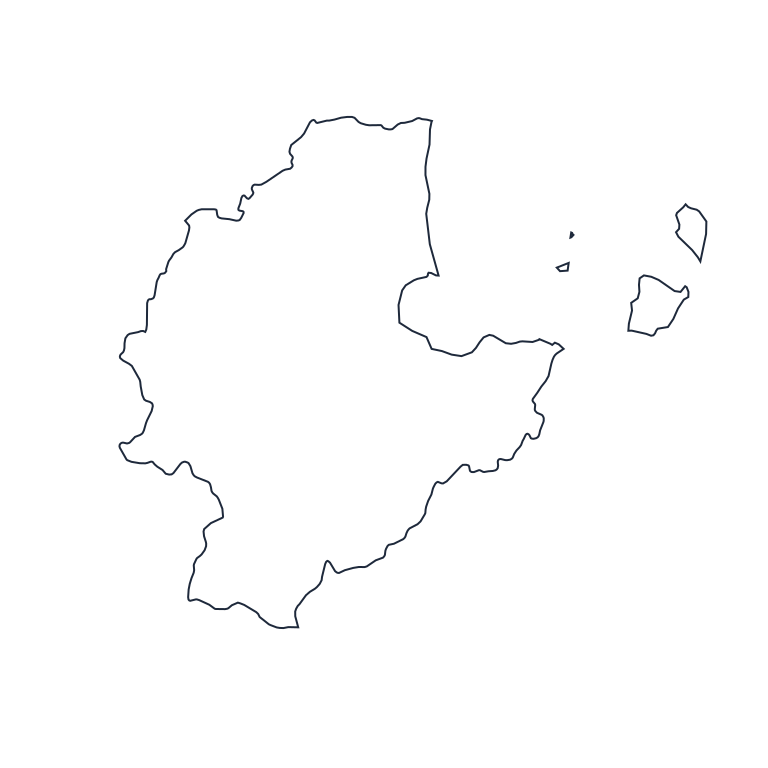 Surat Thani, Robinson projection, rotated 19°
{"feature_id": "THA-380", "entity_name": "Surat Thani", "entity_type": "Province", "adm_level": 1, "iso_a3": "THA", "parent_name": "Thailand", "parent_adm1": "", "projection": "robinson", "projection_center": [99.144, 9.058], "detail": "fine", "context": "isolated", "style": "outline", "palette": "slate", "viewbox_px": 768, "rotation_deg": 19, "n_neighbors": 0, "source": "natural_earth", "source_scale": "10m", "svg_char_len": 6169}
<svg xmlns="http://www.w3.org/2000/svg" viewBox="0 0 768 768"><g transform="rotate(19 384 384)"><path d="M343.7,119.7L343.6,120.8L344.6,128.3L349.1,142.8L350.8,156.9L352.5,165.1L355.2,173.0L365.0,189.4L366.8,195.0L367.5,203.3L368.5,209.3L381.8,236.9L400.3,263.7L397.8,264.4L392.5,263.7L389.9,264.3L389.7,265.6L390.1,267.2L389.3,268.9L381.4,273.7L378.5,276.2L372.4,283.6L370.7,289.6L372.0,304.5L378.6,321.0L393.4,324.6L408.9,325.8L417.6,335.3L428.0,334.0L438.4,334.2L448.2,332.4L456.8,325.4L459.2,319.9L460.8,313.5L463.0,307.5L467.6,303.3L471.5,302.8L485.9,305.8L491.1,304.6L495.4,302.2L498.6,299.7L501.0,298.6L510.8,295.9L516.2,291.7L516.3,291.0L528.3,291.8L530.3,292.3L532.1,289.3L536.3,289.6L542.4,292.3L537.4,298.9L536.4,300.8L535.8,302.8L535.5,306.2L535.6,310.2L537.0,322.9L535.9,328.7L533.6,335.2L531.8,342.4L529.6,349.6L529.7,351.0L530.4,352.0L533.2,353.7L533.8,354.6L534.7,358.5L535.1,359.5L535.9,360.3L538.0,361.4L543.0,361.8L544.0,362.1L545.6,363.5L546.2,364.4L547.0,366.9L547.1,368.2L546.7,377.0L547.2,381.0L547.1,383.1L546.6,384.4L545.5,385.7L543.3,387.1L541.7,387.5L540.5,387.4L538.2,385.1L537.2,384.5L536.0,384.3L535.1,384.8L534.5,386.0L534.0,390.6L533.6,392.6L533.5,397.1L532.8,399.5L530.9,403.7L529.9,407.6L529.7,411.7L529.1,413.1L527.9,414.5L525.1,416.0L523.3,416.5L518.9,416.9L517.9,417.3L517.1,418.0L516.7,419.1L516.9,420.6L518.5,424.0L518.9,426.7L518.4,428.1L517.5,429.3L515.2,430.8L511.2,432.5L507.4,434.6L506.2,434.8L502.8,434.3L501.8,434.6L497.7,438.0L495.5,438.7L494.4,438.5L493.5,438.0L491.2,434.1L490.4,433.5L488.1,433.6L484.8,434.8L483.3,437.2L475.0,455.6L472.2,458.8L470.7,459.2L466.8,459.0L465.8,459.9L465.0,461.5L464.5,464.7L464.3,466.9L464.8,473.1L463.8,480.2L463.8,486.3L464.2,489.1L465.1,492.6L465.0,493.9L463.3,502.0L461.4,505.6L455.2,512.2L454.6,513.5L454.1,515.0L453.8,517.8L453.9,521.3L453.5,522.9L452.7,524.4L445.4,531.8L440.9,534.5L440.1,536.0L439.6,539.2L439.6,541.2L440.5,545.3L440.3,546.8L439.6,548.5L433.6,553.4L427.1,562.1L425.3,563.4L419.8,565.2L414.8,567.9L407.6,572.8L403.0,577.3L401.9,577.6L400.8,577.6L398.7,576.9L391.1,570.5L389.1,569.7L388.0,569.7L387.2,571.0L387.0,573.4L388.2,586.5L388.9,589.8L388.3,593.9L386.7,597.8L385.4,600.0L381.6,604.6L379.0,609.1L375.8,619.6L374.7,621.9L374.1,625.1L374.1,628.0L375.7,632.5L382.1,642.0L372.7,645.0L368.4,647.5L364.8,648.6L361.8,649.1L355.2,648.9L353.4,648.7L342.3,644.8L339.9,642.4L337.5,641.3L323.8,638.4L319.7,638.2L317.0,638.3L312.2,642.7L309.8,646.7L308.8,647.6L307.0,648.6L298.2,651.5L297.1,651.6L290.7,649.6L279.6,648.5L277.1,648.6L276.1,649.0L271.3,652.1L270.2,652.0L269.3,651.4L268.2,649.3L266.2,641.9L265.4,636.2L265.2,630.2L265.5,624.4L265.1,621.8L263.2,617.5L263.0,616.2L263.6,610.5L264.0,609.3L265.9,606.6L267.0,604.6L268.5,599.6L268.6,595.3L267.8,592.7L266.9,591.2L263.4,586.5L261.4,582.2L261.2,579.7L265.6,571.9L275.0,562.8L275.0,561.8L274.6,560.9L271.8,554.6L265.5,547.2L264.0,545.8L262.5,544.7L258.0,543.1L256.7,542.2L255.7,541.2L254.0,538.0L252.2,535.4L250.8,534.3L249.4,533.8L237.7,533.3L235.2,532.9L233.9,532.3L232.0,530.8L227.7,524.7L224.9,522.4L223.7,522.2L221.4,522.2L220.3,522.6L218.6,524.0L217.5,526.0L213.9,536.8L212.6,538.6L210.3,539.6L206.8,539.9L202.6,537.4L196.6,536.0L193.4,534.7L190.6,533.0L189.5,533.1L188.6,533.5L186.0,535.6L184.2,536.7L178.9,538.4L170.6,539.8L166.0,539.6L165.0,539.1L155.0,530.3L154.1,528.9L153.9,527.5L154.2,526.3L154.8,525.4L155.6,524.7L156.7,524.3L160.4,523.9L162.2,522.7L162.9,521.7L165.8,515.1L170.0,511.6L171.3,509.9L171.8,508.7L172.1,505.9L171.7,498.5L171.8,495.5L173.1,485.2L172.6,480.2L171.8,478.7L170.9,477.8L168.5,477.2L164.4,477.3L162.3,476.7L159.1,473.2L154.8,465.6L152.8,461.3L151.6,459.5L139.7,449.0L136.3,447.9L129.8,446.8L126.2,445.4L125.4,444.3L125.2,443.0L125.4,441.8L127.0,438.8L127.2,437.0L126.9,434.6L125.4,429.9L124.6,425.0L125.7,421.2L127.1,419.4L134.6,415.0L137.1,413.0L139.1,412.3L141.3,412.5L141.5,409.9L140.6,405.4L133.7,384.6L133.6,381.9L134.0,380.8L134.8,380.1L135.9,379.8L137.6,378.4L138.2,377.2L138.2,374.8L135.9,361.6L135.9,359.5L136.3,356.9L136.5,354.1L136.9,352.9L137.7,352.2L139.9,351.1L140.8,350.1L141.4,348.2L140.6,346.3L140.4,338.9L140.6,337.3L141.8,333.6L142.5,329.6L143.5,327.4L146.4,324.2L149.1,320.4L149.6,319.3L150.1,316.9L150.3,315.4L149.6,302.3L149.0,299.3L148.1,297.6L142.8,294.4L146.7,286.4L150.5,281.2L152.2,279.7L154.8,278.1L166.5,274.1L168.2,273.8L169.1,274.2L171.2,278.3L172.6,280.0L174.2,280.4L176.5,280.3L184.1,278.5L191.1,277.7L192.9,276.9L194.1,276.0L194.9,273.5L195.6,268.1L195.2,267.0L194.3,266.6L190.9,267.1L189.9,266.9L189.3,266.1L189.1,264.8L189.3,260.3L188.6,254.5L189.0,252.3L189.8,251.5L190.8,251.3L193.9,253.0L195.5,253.1L196.3,252.2L198.1,247.8L198.3,246.6L198.1,245.5L195.7,243.0L195.2,241.8L195.3,239.6L195.9,238.4L196.8,237.6L200.8,236.5L203.1,235.4L206.9,231.2L218.7,215.4L220.9,213.4L225.2,211.0L226.2,209.3L226.6,207.8L226.2,206.6L224.6,205.0L224.1,204.0L223.9,202.8L224.2,200.4L223.9,199.3L223.2,198.6L220.2,196.9L219.0,195.2L218.5,192.3L218.5,188.2L225.2,177.6L226.9,173.2L228.8,160.7L230.0,158.4L231.3,157.3L232.5,157.3L234.9,158.9L235.9,158.9L244.3,153.5L246.4,152.8L251.1,150.1L256.7,146.2L262.4,143.4L266.7,141.9L269.5,141.9L274.6,144.5L277.1,145.0L282.4,144.8L285.7,144.2L296.6,140.3L297.5,140.4L299.9,141.9L301.8,142.2L305.7,141.7L307.6,141.0L309.0,140.2L312.5,134.2L315.0,131.7L318.5,130.3L325.0,126.2L328.8,122.1L330.2,121.3L331.2,121.1L333.7,121.2L338.5,120.1L343.7,119.7ZM636.9,193.5L638.7,194.0L641.9,197.8L643.4,202.7L640.0,206.6L637.4,216.8L636.4,228.3L633.9,237.7L624.8,242.6L624.0,245.0L623.8,247.8L622.9,250.2L620.8,251.4L615.8,251.2L600.8,252.9L597.7,254.1L595.9,247.2L594.6,233.8L591.3,226.8L596.0,220.4L595.5,213.7L592.8,207.2L591.3,200.9L594.4,196.7L601.8,195.6L609.8,196.2L628.5,201.5L634.4,200.4L636.9,193.5ZM625.8,118.2L635.9,125.4L639.7,137.3L643.2,165.1L639.5,162.0L631.7,157.0L614.4,148.9L610.7,145.4L612.5,141.2L611.4,137.1L605.3,129.3L605.3,126.9L609.4,119.5L610.7,115.9L613.9,117.6L617.1,117.9L622.9,117.4L625.8,118.2ZM519.2,209.4L520.7,217.0L513.7,220.0L509.5,217.7L519.2,209.4ZM514.6,181.4L513.4,184.2L512.6,184.9L511.7,179.8L512.7,179.9L513.8,181.1L514.6,181.4Z" fill="none" stroke="#1e293b" stroke-width="2"/></g></svg>